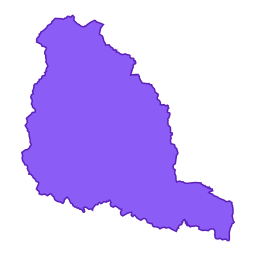 Ban Ta Khun, Surat Thani, Thailand
{"feature_id": "78962969B58743174421215", "entity_name": "Ban Ta Khun", "entity_type": "district", "adm_level": 2, "iso_a3": "THA", "parent_name": "Thailand", "parent_adm1": "Surat Thani", "projection": "albers", "projection_center": [98.73, 9.118], "detail": "fine", "context": "isolated", "style": "filled", "palette": "violet", "viewbox_px": 256, "rotation_deg": 0, "n_neighbors": 0, "source": "geoboundaries", "source_scale": "gbopen_adm2", "svg_char_len": 5776}
<svg xmlns="http://www.w3.org/2000/svg" viewBox="0 0 256 256"><path d="M103.4,24.5L97.7,22.2L96.6,22.3L95.5,20.6L94.4,20.4L90.4,22.4L86.9,24.9L85.6,26.4L85.0,26.0L84.7,26.4L83.0,26.9L80.4,25.8L79.4,24.7L77.2,23.7L74.3,20.8L73.9,20.2L74.1,17.0L72.8,15.4L72.0,15.8L70.9,17.2L70.2,17.2L69.3,16.4L67.3,16.4L66.2,18.1L65.0,18.1L63.3,19.4L61.7,18.7L55.2,18.4L54.0,19.5L53.6,20.3L52.0,21.4L51.4,23.5L47.6,25.6L47.0,27.1L45.6,28.7L42.5,31.2L40.8,32.1L40.4,33.7L39.2,34.1L39.4,36.0L37.8,37.3L36.7,38.9L36.6,40.2L37.0,41.1L36.6,42.0L41.1,44.1L42.1,46.2L43.8,46.5L46.2,47.5L46.2,49.3L44.9,51.4L44.8,53.8L45.7,55.2L45.7,57.9L46.2,59.5L46.2,61.3L45.8,61.9L47.6,65.1L47.8,66.6L47.0,67.4L46.1,69.6L46.0,70.8L46.4,71.4L44.7,72.5L45.4,73.7L45.0,75.2L44.3,75.6L42.8,75.7L41.7,76.9L41.8,78.5L39.2,79.5L39.4,80.7L38.2,81.5L36.8,83.6L35.1,83.9L34.0,85.1L33.8,87.9L33.3,89.7L32.6,90.9L32.7,92.1L33.3,93.7L31.6,94.7L30.8,96.8L31.1,98.5L31.9,99.1L32.2,101.4L32.0,102.5L31.5,103.2L31.5,104.3L32.4,105.5L32.5,107.0L35.2,109.5L35.3,111.8L35.0,112.1L32.2,112.5L31.4,114.0L26.6,118.1L26.5,118.8L27.1,120.2L27.3,122.1L26.8,123.5L25.2,125.4L26.7,128.0L27.6,128.8L27.3,130.5L28.5,132.0L29.1,132.2L29.2,135.9L30.2,140.0L30.1,142.4L31.4,144.8L30.0,146.2L29.5,147.7L27.4,149.7L25.6,149.8L23.7,151.0L23.4,151.7L22.1,152.1L21.8,152.5L22.4,154.4L22.6,156.3L22.1,158.0L22.8,161.2L23.9,162.5L24.8,164.7L26.6,165.2L27.3,166.1L27.7,167.7L27.3,168.8L28.0,169.8L28.1,170.7L29.3,172.0L28.8,174.1L30.9,174.1L31.4,175.1L32.5,176.0L33.3,177.9L34.6,178.5L36.3,181.5L38.6,182.3L38.7,183.5L36.4,188.9L37.2,189.5L37.4,190.3L39.2,191.3L39.2,193.9L40.3,194.4L42.5,194.7L44.4,194.0L47.5,195.7L49.7,194.1L50.9,193.8L52.7,196.0L53.9,196.9L54.6,199.2L55.5,200.4L58.4,201.7L60.9,202.1L62.4,203.3L63.0,203.3L64.0,201.9L64.5,199.2L65.5,198.9L66.5,197.5L67.2,197.1L69.2,199.5L70.7,203.0L72.6,203.9L72.7,205.1L73.1,205.7L74.9,207.1L75.9,206.9L77.0,208.0L78.6,208.1L79.7,209.2L80.9,209.3L82.2,210.1L83.1,212.0L83.6,212.2L84.1,212.2L84.6,211.6L84.4,210.0L83.6,208.1L84.2,207.4L85.8,207.1L88.9,209.3L90.9,208.9L92.6,210.1L92.8,208.4L95.3,205.0L96.0,204.6L97.8,204.7L98.8,202.8L99.7,202.5L100.8,203.6L101.6,203.5L103.8,201.6L106.0,202.2L107.0,201.1L107.7,201.6L109.5,200.1L111.0,202.3L110.2,204.1L111.1,206.3L113.5,207.2L114.5,206.2L115.4,206.1L118.0,207.5L119.3,208.9L121.8,209.4L120.6,212.1L120.7,213.9L121.3,215.0L122.4,215.7L122.7,215.9L127.6,213.2L131.1,212.2L131.8,212.9L131.2,215.1L132.4,216.5L132.9,216.5L134.1,215.2L135.0,215.3L137.1,218.1L140.5,220.1L141.5,220.0L142.9,218.7L144.5,218.5L145.5,218.8L146.6,220.3L147.4,222.5L150.6,223.6L151.9,223.4L152.9,226.1L153.9,226.8L155.7,226.7L158.6,227.5L159.6,228.7L160.0,228.8L162.5,227.4L163.8,227.5L164.5,227.2L166.1,228.1L168.7,227.4L169.6,228.1L170.4,228.0L171.0,228.9L176.3,231.4L177.6,228.4L178.3,228.2L177.8,227.7L178.7,227.0L178.8,225.7L179.5,225.1L180.6,224.9L180.9,224.4L181.5,224.5L181.5,223.9L181.9,223.8L182.1,223.1L182.0,222.0L182.6,221.9L182.3,221.5L183.8,219.8L184.2,220.0L184.2,219.4L184.3,219.8L184.6,219.6L184.8,220.8L185.5,221.0L185.5,222.0L185.9,222.0L185.8,222.4L186.1,222.3L185.9,222.7L186.3,222.6L186.0,223.1L186.2,224.0L186.7,224.7L187.1,224.3L187.0,225.1L187.7,224.8L187.8,225.4L188.2,225.1L188.5,225.5L189.4,225.6L189.3,226.2L190.2,226.9L191.8,226.2L193.8,226.4L195.4,225.7L199.1,226.8L198.8,229.0L202.5,230.5L205.3,230.2L208.3,230.7L209.0,230.3L209.5,229.5L211.5,228.9L212.3,228.8L213.8,229.3L214.7,230.5L214.9,231.6L215.0,233.2L214.6,234.6L215.0,235.3L215.0,237.2L216.1,238.7L218.3,238.9L219.9,238.3L222.5,239.8L225.3,239.0L227.8,240.6L228.9,240.6L229.4,239.1L229.3,232.3L230.4,227.8L231.5,226.0L231.9,223.9L233.4,223.1L234.2,222.2L233.2,220.7L232.1,215.6L232.9,213.8L233.0,209.4L232.5,205.9L231.8,204.0L231.9,202.5L230.1,201.7L229.7,201.0L227.0,201.6L226.0,201.5L223.9,200.1L219.4,198.4L216.9,196.7L213.9,195.7L212.3,194.0L210.0,193.4L208.7,192.6L209.2,192.1L212.7,190.7L212.2,190.0L212.3,189.1L210.2,188.8L209.9,187.8L208.9,187.9L208.9,187.3L208.1,188.1L207.6,187.1L205.4,186.5L205.0,185.6L203.4,185.6L202.8,184.6L201.5,184.3L201.0,182.9L195.0,182.5L186.7,183.4L184.3,182.8L183.0,181.8L181.8,182.0L180.1,181.2L178.8,181.2L176.8,182.0L176.6,181.3L176.1,180.8L175.8,175.9L174.9,173.8L174.7,172.4L175.2,170.0L174.7,169.4L173.9,169.1L173.2,167.8L173.2,166.0L173.4,165.0L175.3,163.7L176.5,155.3L177.5,154.2L177.9,152.9L177.5,152.1L177.4,150.6L176.7,149.5L176.7,148.6L175.2,147.4L174.8,146.5L174.8,145.2L174.0,144.5L171.4,143.8L170.8,143.0L170.4,139.5L171.2,138.5L170.6,135.9L171.0,135.4L172.2,134.9L172.4,133.4L172.3,133.0L170.5,132.8L170.5,127.8L169.8,126.5L169.0,126.0L167.9,124.5L168.0,122.9L167.7,121.6L168.1,120.6L167.7,119.0L169.0,117.7L170.0,114.1L169.6,112.9L167.9,112.5L167.3,111.9L167.7,110.2L167.3,109.5L168.8,108.1L168.2,107.3L168.1,105.6L167.3,105.2L165.8,106.0L164.1,104.6L162.7,104.8L162.1,105.3L161.5,104.7L160.3,104.6L160.5,103.2L160.0,101.5L159.1,100.3L157.3,99.2L157.3,97.3L158.1,95.8L158.1,94.1L156.4,93.2L156.0,92.6L155.0,92.0L154.5,89.0L152.3,86.7L151.6,84.7L150.1,84.8L149.1,83.6L147.7,83.6L146.8,83.9L146.1,83.5L142.3,83.1L140.4,80.2L139.3,77.5L139.3,76.3L138.1,74.5L137.2,74.4L136.7,74.9L135.9,74.4L135.0,75.1L134.0,74.5L133.5,74.9L131.7,74.7L130.6,75.1L130.8,73.6L131.7,71.9L131.4,71.0L132.0,70.6L132.2,69.2L133.2,67.4L133.0,67.0L133.4,64.8L134.7,63.7L135.1,63.7L134.9,63.0L135.6,62.8L135.2,62.5L135.5,61.7L135.0,60.7L133.8,60.6L133.9,59.1L133.5,58.4L131.1,58.1L130.5,57.8L129.9,56.9L130.0,55.6L129.5,55.1L127.2,54.7L125.3,53.9L122.0,54.7L121.0,54.0L120.0,53.9L118.5,52.3L116.3,52.1L116.7,50.3L116.0,50.4L115.1,49.6L114.8,50.1L113.5,50.0L112.9,49.2L113.0,48.4L110.2,46.5L109.2,44.8L105.6,45.1L105.3,43.3L103.9,41.4L102.8,36.9L102.0,35.7L99.8,34.5L99.4,33.9L100.8,27.8L103.4,24.5Z" fill="#8b5cf6" stroke="#5b21b6" stroke-width="1.5"/></svg>